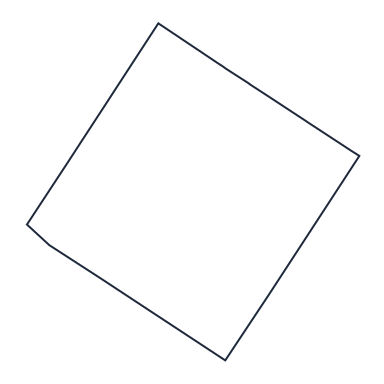 Miami, Kansas, United States of America (Albers equal-area conic projection), rotated 303°
{"feature_id": "52423323B68784032063419", "entity_name": "Miami", "entity_type": "district", "adm_level": 2, "iso_a3": "USA", "parent_name": "United States of America", "parent_adm1": "Kansas", "projection": "albers", "projection_center": [-94.74, 38.564], "detail": "fine", "context": "isolated", "style": "outline", "palette": "slate", "viewbox_px": 384, "rotation_deg": 303, "n_neighbors": 0, "source": "geoboundaries", "source_scale": "gbopen_adm2", "svg_char_len": 536}
<svg xmlns="http://www.w3.org/2000/svg" viewBox="0 0 384 384"><g transform="rotate(303 192 192)"><path d="M74.8,71.3L69.7,101.4L69.8,161.3L69.4,224.3L68.9,311.6L148.7,312.4L313.4,312.7L313.4,310.1L313.3,302.6L313.4,281.4L313.5,251.5L313.5,251.4L313.6,247.6L313.6,246.8L313.6,241.8L313.7,223.1L313.8,203.2L313.8,201.7L313.8,183.2L313.9,180.8L314.0,180.8L313.9,160.7L313.9,153.0L314.1,149.8L314.1,142.7L315.1,71.9L234.0,71.8L214.2,71.8L174.2,71.7L154.3,71.7L149.3,71.7L74.8,71.3Z" fill="none" stroke="#1e293b" stroke-width="2"/></g></svg>